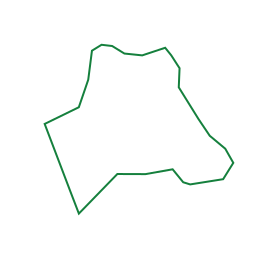 Kolwezi, Katanga, Democratic Republic of the Congo, rotated 65°
{"feature_id": "63176286B76187105234082", "entity_name": "Kolwezi", "entity_type": "district", "adm_level": 2, "iso_a3": "COD", "parent_name": "Democratic Republic of the Congo", "parent_adm1": "Katanga", "projection": "equal_earth", "projection_center": [25.484, -10.753], "detail": "fine", "context": "isolated", "style": "outline", "palette": "green", "viewbox_px": 256, "rotation_deg": 65, "n_neighbors": 0, "source": "geoboundaries", "source_scale": "gbopen_adm2", "svg_char_len": 484}
<svg xmlns="http://www.w3.org/2000/svg" viewBox="0 0 256 256"><g transform="rotate(65 128 128)"><path d="M214.6,63.4L204.1,47.3L187.9,48.6L169.6,57.2L149.9,60.3L112.6,64.8L95.6,56.0L92.2,56.5L80.4,58.1L71.0,60.4L68.2,84.4L61.8,95.1L59.0,99.8L47.0,107.7L41.4,116.8L42.7,128.0L67.4,143.6L74.5,150.4L88.4,163.8L89.1,201.8L160.4,207.0L184.8,208.7L165.2,157.1L174.9,136.5L177.2,131.6L184.3,105.0L200.5,100.9L205.4,95.5L214.6,63.4Z" fill="none" stroke="#15803d" stroke-width="2"/></g></svg>